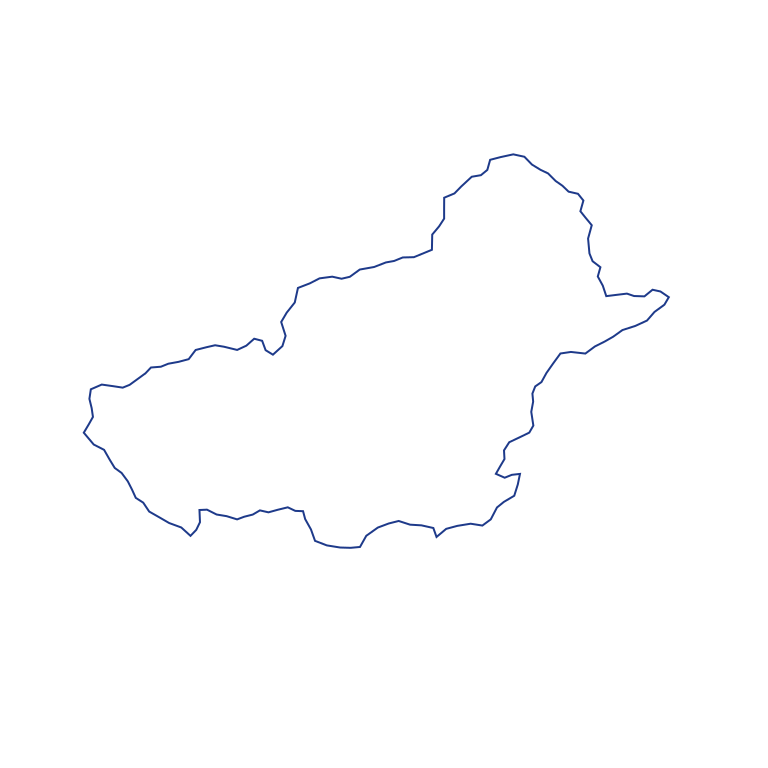 outline of Santana de Parnaíba, São Paulo, Brazil, rotated 158°
{"feature_id": "56859067B95466587764955", "entity_name": "Santana de Parnaíba", "entity_type": "district", "adm_level": 2, "iso_a3": "BRA", "parent_name": "Brazil", "parent_adm1": "São Paulo", "projection": "albers", "projection_center": [-46.919, -23.447], "detail": "fine", "context": "isolated", "style": "outline", "palette": "blue", "viewbox_px": 768, "rotation_deg": 158, "n_neighbors": 0, "source": "geoboundaries", "source_scale": "gbopen_adm2", "svg_char_len": 2166}
<svg xmlns="http://www.w3.org/2000/svg" viewBox="0 0 768 768"><g transform="rotate(158 384 384)"><path d="M178.1,548.5L190.9,550.7L201.6,552.1L208.0,543.8L215.9,541.3L225.0,543.3L238.4,538.2L247.3,534.3L258.4,534.2L263.0,523.0L266.3,514.8L273.9,509.5L283.3,504.5L289.3,490.5L308.8,490.4L319.2,494.3L328.6,494.3L336.7,496.0L349.4,496.2L363.6,499.2L375.5,496.2L383.9,497.5L391.8,502.9L404.2,506.1L415.1,505.1L427.8,505.3L436.2,493.0L447.5,486.6L456.1,480.0L457.2,465.5L464.0,457.2L476.0,452.8L481.1,459.7L480.8,469.7L487.4,474.6L497.3,471.1L507.4,470.6L518.4,478.5L526.1,483.2L534.8,484.6L545.9,486.1L555.8,480.2L566.2,481.5L576.4,483.6L584.4,483.6L593.9,486.6L601.1,483.3L611.8,480.6L620.2,478.5L627.6,478.5L635.7,483.3L645.9,489.2L657.8,488.9L662.7,480.6L664.1,471.1L666.2,462.5L672.7,457.3L680.6,451.3L675.8,436.6L668.2,427.8L666.7,416.7L665.1,407.0L660.6,399.8L658.0,389.7L657.2,380.5L656.8,371.4L651.7,364.2L649.5,353.7L641.6,343.7L635.3,335.6L625.7,326.9L620.3,315.7L612.7,319.1L606.4,324.8L602.3,336.3L595.2,333.8L588.1,325.7L579.4,320.4L570.9,313.5L563.3,313.3L554.6,312.1L546.4,313.3L539.2,308.3L529.7,307.2L519.4,305.7L513.8,299.6L506.7,296.4L507.7,288.3L506.2,276.5L506.7,264.4L497.5,255.8L485.9,248.8L476.3,244.6L467.3,241.9L457.3,249.9L443.5,253.2L431.9,252.9L421.7,251.5L412.5,243.8L402.2,238.9L392.2,232.0L392.6,222.5L380.6,226.4L369.2,225.0L356.0,222.0L345.8,215.9L335.7,218.5L325.5,227.2L317.0,229.8L305.1,231.6L297.6,240.7L291.6,249.7L299.5,251.9L307.2,251.9L313.9,258.8L306.8,264.4L300.4,269.3L297.6,277.5L289.7,283.1L276.1,283.9L267.5,284.5L261.1,289.5L257.9,303.0L252.3,311.8L250.0,319.5L244.7,325.1L237.3,326.8L229.2,333.4L219.3,339.8L209.0,346.2L198.7,343.7L185.9,336.8L174.4,339.8L163.4,340.7L153.8,342.0L142.7,344.7L129.2,343.7L116.4,344.3L106.2,349.5L94.3,352.5L87.4,357.8L93.0,366.2L99.7,370.8L109.7,367.7L119.2,371.9L124.9,376.8L135.6,379.7L145.0,382.2L144.3,393.2L145.5,403.6L139.6,411.2L144.6,419.7L144.6,428.1L140.3,442.4L131.9,453.4L134.9,462.9L137.2,470.6L130.4,479.4L132.9,487.7L140.8,493.2L144.3,501.0L148.8,507.9L153.0,517.8L158.6,523.9L164.6,532.0L168.7,542.1L178.1,548.5Z" fill="none" stroke="#1e3a8a" stroke-width="2"/></g></svg>